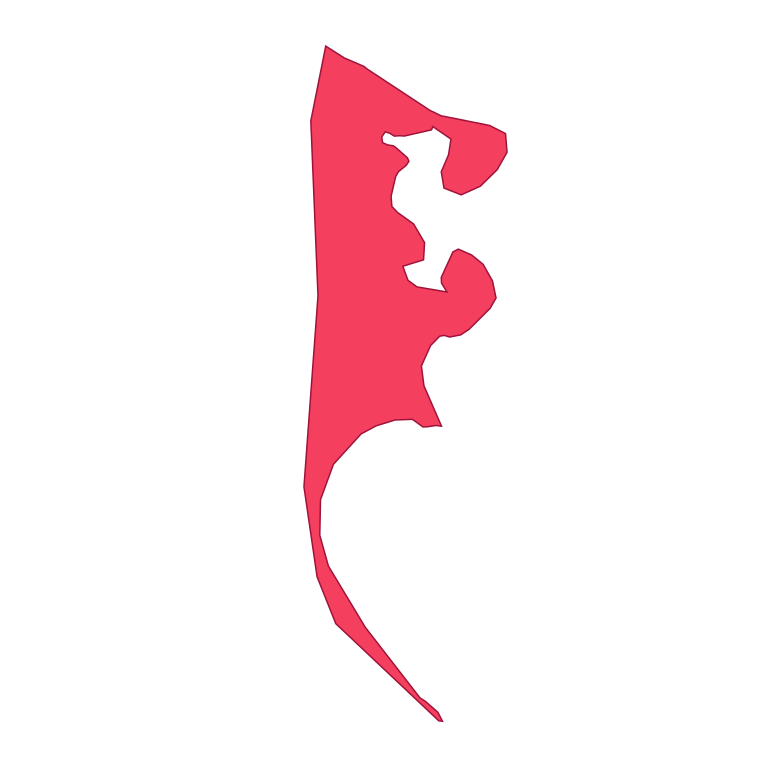 the border of `Adan, rotated 287°
{"feature_id": "YEM-3510", "entity_name": "`Adan", "entity_type": "Governorate", "adm_level": 1, "iso_a3": "YEM", "parent_name": "Yemen", "parent_adm1": "", "projection": "equal_earth", "projection_center": [44.861, 12.797], "detail": "fine", "context": "isolated", "style": "filled", "palette": "rose", "viewbox_px": 768, "rotation_deg": 287, "n_neighbors": 0, "source": "natural_earth", "source_scale": "10m", "svg_char_len": 1185}
<svg xmlns="http://www.w3.org/2000/svg" viewBox="0 0 768 768"><g transform="rotate(287 384 384)"><path d="M690.1,229.5L684.2,250.6L681.8,272.2L680.3,275.7L659.1,347.9L657.2,360.1L662.1,409.3L659.0,427.0L641.6,433.9L622.1,429.6L601.3,418.3L587.4,402.4L588.9,384.1L603.7,376.7L622.1,378.7L637.8,376.4L644.4,355.5L640.9,355.1L627.1,331.0L625.9,326.1L624.1,321.4L625.5,316.0L625.5,311.5L619.7,309.6L614.4,312.1L613.7,317.4L614.5,323.1L613.6,326.1L607.2,340.2L604.3,342.7L599.8,341.4L591.3,335.8L585.8,334.5L565.6,335.9L556.1,339.6L552.0,346.8L545.7,365.5L531.0,381.5L514.3,385.5L502.1,367.6L490.2,376.6L486.5,387.1L490.4,417.3L497.3,409.5L502.7,407.6L530.5,411.3L534.7,415.6L533.0,430.1L527.4,443.8L514.3,457.6L499.0,466.0L487.3,463.3L461.4,449.5L453.4,443.0L448.1,433.0L448.1,427.5L446.0,423.3L434.4,417.3L412.2,414.5L394.0,422.7L360.5,451.3L359.5,445.8L356.1,438.7L354.3,433.9L358.5,421.5L352.8,405.0L341.6,388.6L329.6,376.7L292.4,359.1L254.8,357.1L220.6,366.8L193.6,384.1L145.8,437.3L94.4,510.1L92.5,516.6L85.8,531.5L78.6,538.5L77.9,534.7L78.4,533.9L140.7,408.0L180.0,376.4L262.3,337.5L449.0,295.1L614.2,237.1L690.1,229.5Z" fill="#f43f5e" stroke="#9f1239" stroke-width="1.5"/></g></svg>